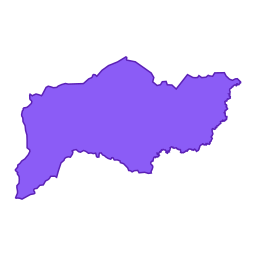 the district of Mariscala, Lavalleja, Uruguay
{"feature_id": "84410073B78906146937991", "entity_name": "Mariscala", "entity_type": "district", "adm_level": 2, "iso_a3": "URY", "parent_name": "Uruguay", "parent_adm1": "Lavalleja", "projection": "equal_earth", "projection_center": [-54.667, -34.01], "detail": "fine", "context": "isolated", "style": "filled", "palette": "violet", "viewbox_px": 256, "rotation_deg": 0, "n_neighbors": 0, "source": "geoboundaries", "source_scale": "gbopen_adm2", "svg_char_len": 5817}
<svg xmlns="http://www.w3.org/2000/svg" viewBox="0 0 256 256"><path d="M151.3,173.0L151.2,172.7L151.1,171.3L151.8,170.1L151.9,169.5L152.2,169.2L152.8,167.1L152.7,166.1L152.3,165.7L152.3,165.3L151.7,165.0L150.8,163.8L150.7,163.2L150.8,162.5L151.1,161.9L151.6,161.8L151.8,161.5L152.1,161.4L152.1,161.2L152.2,160.9L153.1,160.8L153.0,160.3L153.3,159.6L153.3,159.0L153.7,158.1L153.7,157.7L154.1,157.2L155.1,156.9L155.3,157.0L155.2,157.2L155.4,157.5L156.3,156.7L157.1,157.1L157.4,156.9L157.3,156.7L157.5,156.6L158.0,156.7L158.6,156.5L158.7,155.6L159.1,155.4L159.4,155.2L158.7,154.3L158.0,154.6L157.2,154.1L157.1,153.4L157.1,153.1L157.8,153.3L159.0,153.1L159.6,152.6L159.7,151.7L159.9,151.6L160.2,151.6L160.2,151.9L160.4,152.0L160.8,152.1L161.1,151.7L160.9,150.9L161.5,149.9L161.9,150.2L162.3,150.2L163.1,149.4L164.4,150.0L165.4,150.0L166.1,151.1L166.0,151.6L166.4,151.5L166.6,151.8L166.4,152.1L166.0,152.2L166.0,152.4L166.4,152.7L167.0,152.5L167.1,153.1L167.4,153.3L167.6,153.1L167.7,152.6L168.0,152.2L169.1,151.9L168.8,151.5L168.3,151.3L168.1,151.0L168.3,150.9L169.2,151.1L169.5,150.8L169.9,150.1L169.9,149.5L170.1,149.2L170.1,148.9L170.5,148.0L170.2,147.7L171.5,146.8L172.3,147.2L173.0,147.2L173.2,147.6L173.1,147.9L174.0,148.2L176.0,147.8L176.4,147.8L176.7,148.2L176.9,148.7L177.3,148.7L177.5,149.0L177.9,149.0L177.9,149.3L178.4,149.6L180.1,149.5L180.5,149.9L180.4,150.7L180.9,151.8L180.6,152.4L181.4,152.8L182.2,152.6L183.2,152.8L183.5,152.4L184.2,152.3L184.8,152.0L185.5,151.1L187.3,151.1L187.5,150.7L187.2,150.4L187.3,150.1L188.1,150.0L188.5,149.3L189.5,149.0L191.7,149.4L191.8,149.9L192.1,150.1L193.0,149.9L193.4,150.1L193.6,149.9L193.8,150.1L194.2,149.7L194.4,149.2L194.7,149.1L195.0,149.7L195.2,149.8L195.5,149.8L195.9,150.2L195.9,150.5L196.5,151.4L198.4,150.3L198.7,149.3L199.2,148.9L199.1,148.2L199.6,147.4L199.8,146.2L200.9,145.0L202.3,144.4L202.5,143.8L203.1,143.9L203.2,144.2L204.1,144.9L204.4,144.6L205.5,144.9L206.0,144.7L206.0,144.3L206.3,144.6L206.4,144.2L206.6,144.2L206.5,143.9L207.0,143.5L207.3,143.9L207.7,143.8L209.3,144.3L209.6,143.8L209.9,143.6L209.7,142.9L209.7,142.6L210.0,142.6L209.9,142.1L211.1,141.1L211.2,140.5L211.5,139.7L212.2,138.7L212.3,138.4L212.0,137.9L211.3,137.3L211.3,136.4L212.2,135.7L212.1,135.2L212.7,134.5L212.9,133.8L212.7,133.2L212.4,132.4L212.5,132.2L212.2,131.6L212.1,131.0L212.2,130.5L212.1,129.4L212.3,128.9L212.7,128.6L213.6,128.9L214.0,129.4L214.9,129.2L215.6,128.6L215.7,128.4L215.4,127.4L215.8,127.2L216.7,127.4L216.9,127.1L217.1,125.7L218.1,125.7L218.7,125.1L219.2,124.3L219.7,124.1L220.8,123.3L220.5,121.9L220.5,121.6L221.3,121.5L221.7,121.2L222.4,121.4L222.8,121.1L222.6,120.4L222.8,120.2L223.6,120.7L223.6,121.1L223.8,121.2L224.3,120.9L224.2,120.4L224.3,120.3L224.5,120.3L224.5,120.7L224.7,120.9L225.3,120.4L225.7,119.4L226.0,119.3L226.5,119.5L226.6,119.3L226.7,118.4L226.6,118.1L227.0,116.9L226.8,116.5L225.8,116.7L225.5,116.3L225.1,114.5L225.2,113.1L224.9,113.1L224.8,112.9L224.6,113.1L224.4,113.0L224.2,112.7L225.1,111.2L225.2,110.5L225.9,110.5L226.4,109.5L227.3,109.2L227.5,109.0L227.5,108.4L226.2,107.0L226.2,106.9L226.5,106.6L226.3,106.4L226.7,105.7L226.4,105.1L226.4,104.7L225.9,104.5L225.6,104.6L225.3,104.3L225.2,103.9L225.1,102.5L224.8,102.0L224.8,101.7L225.5,101.0L226.6,101.1L226.9,100.9L227.2,99.3L227.4,99.1L227.7,98.9L228.1,99.1L228.5,98.9L228.7,99.0L229.7,98.2L230.2,98.1L230.1,97.7L230.3,97.0L230.3,96.6L229.9,96.2L229.4,96.1L229.3,95.6L229.8,95.0L229.8,94.7L229.3,94.6L229.3,94.0L229.1,93.9L229.8,93.7L230.0,92.6L230.1,91.7L229.7,90.8L229.6,90.1L229.7,89.4L229.9,88.9L231.3,88.0L232.1,86.9L232.4,87.0L232.9,86.7L233.2,85.9L234.4,85.1L235.5,84.9L235.9,85.0L236.1,85.7L236.2,85.8L236.4,85.8L236.8,85.3L236.6,84.5L236.8,83.8L237.5,83.8L237.8,84.5L238.1,84.7L238.9,84.6L238.9,84.4L239.9,83.4L239.9,82.9L240.6,82.7L240.6,81.9L237.3,78.7L235.3,78.9L232.5,80.3L229.5,79.2L226.1,76.0L224.4,72.7L214.7,72.9L212.6,76.3L209.6,75.9L208.2,75.3L206.0,77.2L201.7,77.6L198.9,75.6L197.6,77.5L195.1,77.7L192.9,77.5L187.5,74.6L176.2,89.0L171.9,85.0L167.3,84.8L166.1,81.4L162.3,81.7L160.5,84.7L157.1,85.5L152.7,81.8L153.8,77.5L151.2,73.0L135.3,61.8L126.8,60.1L126.4,59.2L126.8,58.1L126.7,57.4L125.9,56.9L117.6,61.9L108.5,65.6L102.0,70.3L96.8,76.3L95.2,74.8L93.7,74.5L92.7,75.2L92.5,76.4L91.7,77.6L88.7,78.9L83.4,83.6L68.2,84.1L65.4,83.5L61.8,84.5L58.3,86.0L56.7,87.4L53.4,87.7L50.7,86.8L48.2,86.2L46.1,87.4L42.5,94.3L41.5,95.7L38.7,94.7L36.0,94.0L33.5,95.1L32.3,95.8L30.1,94.2L29.7,95.2L29.8,97.0L29.8,98.5L30.1,99.6L31.4,100.6L31.8,101.6L31.4,103.4L28.5,106.2L27.0,107.3L25.3,107.7L24.0,107.8L23.2,108.6L23.3,109.6L22.3,111.1L21.6,114.8L21.8,116.1L22.6,117.4L22.9,118.9L23.0,121.6L25.1,125.6L25.6,130.5L26.9,135.0L27.1,140.5L27.1,147.8L29.7,149.9L29.9,151.4L28.3,154.7L24.9,158.9L21.7,161.0L19.9,163.5L17.9,164.9L17.6,167.2L15.4,169.7L15.5,170.5L17.0,172.0L17.7,172.5L17.3,173.8L19.1,176.5L19.3,179.6L19.0,183.3L16.9,185.7L16.9,187.8L17.5,191.0L17.5,193.2L16.2,196.2L15.6,197.8L16.1,198.2L17.3,198.0L19.6,198.2L22.0,199.1L30.4,194.5L34.0,193.8L34.8,193.2L34.6,191.9L33.9,191.0L33.7,190.1L34.0,189.3L34.8,188.7L37.0,188.4L39.8,185.3L43.3,184.9L45.5,181.0L48.0,179.7L49.2,178.7L50.7,176.3L54.9,176.2L56.6,177.3L58.3,171.1L61.0,162.9L64.0,160.3L64.6,158.6L66.0,157.5L68.2,156.8L70.4,157.2L72.4,154.1L72.9,152.0L72.1,151.0L73.6,150.1L76.2,149.6L78.6,151.7L80.5,152.2L83.5,150.5L85.5,151.2L87.4,152.4L88.4,153.3L91.1,152.9L93.2,153.6L95.6,153.2L96.2,155.1L96.5,156.5L97.3,157.2L98.9,157.0L99.1,154.2L99.5,153.1L101.1,152.9L102.6,154.9L104.5,155.7L105.9,157.0L108.1,158.4L110.6,159.2L111.4,158.6L111.7,157.7L112.5,157.6L113.1,157.9L114.3,160.0L117.3,159.9L120.0,160.9L120.4,162.6L123.6,163.7L127.7,167.9L128.7,170.5L130.5,170.7L132.1,171.9L134.3,170.7L137.7,170.4L139.1,172.8L144.7,172.3L148.4,173.4L151.3,173.0Z" fill="#8b5cf6" stroke="#5b21b6" stroke-width="1.5"/></svg>